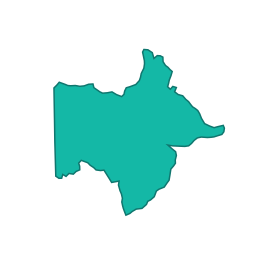 Corumbataí do Sul, Paraná, Brazil, rotated 211°
{"feature_id": "56859067B3093140502947", "entity_name": "Corumbataí do Sul", "entity_type": "district", "adm_level": 2, "iso_a3": "BRA", "parent_name": "Brazil", "parent_adm1": "Paraná", "projection": "albers", "projection_center": [-52.152, -24.127], "detail": "fine", "context": "isolated", "style": "filled", "palette": "teal", "viewbox_px": 256, "rotation_deg": 211, "n_neighbors": 0, "source": "geoboundaries", "source_scale": "gbopen_adm2", "svg_char_len": 1701}
<svg xmlns="http://www.w3.org/2000/svg" viewBox="0 0 256 256"><g transform="rotate(211 128 128)"><path d="M84.9,52.2L82.4,55.7L81.4,58.6L79.2,62.7L74.6,66.3L72.8,71.9L73.3,75.3L71.6,78.0L70.1,82.6L71.2,88.6L69.9,91.5L66.5,96.0L66.2,101.4L65.9,104.4L67.8,109.2L70.1,114.8L69.4,119.0L69.2,122.2L71.0,124.9L72.4,129.4L75.0,132.2L79.8,132.9L85.0,133.9L80.5,135.7L69.8,141.5L66.8,144.0L65.6,147.5L64.9,151.5L63.4,155.3L60.5,158.0L55.1,160.7L52.5,162.5L49.8,164.6L44.2,170.9L43.9,174.1L45.3,177.5L47.7,179.3L51.8,175.3L54.4,172.6L59.2,171.7L64.6,171.2L70.0,174.1L73.9,177.1L77.2,178.9L80.2,179.3L83.6,179.4L86.8,180.6L89.7,181.8L93.2,182.3L97.7,183.8L102.3,182.5L106.7,183.1L107.4,187.6L111.0,186.7L111.7,183.0L115.3,183.8L116.2,187.1L117.3,190.3L118.1,194.9L119.2,199.2L122.1,199.7L125.0,200.6L128.1,200.9L132.1,202.9L134.6,206.7L137.6,206.5L140.2,205.1L141.6,201.0L146.0,205.1L151.2,205.3L154.8,203.5L154.6,200.6L152.0,197.8L148.6,194.1L146.9,191.5L145.2,187.4L144.7,181.5L143.4,177.9L142.7,174.5L143.7,169.3L147.6,164.4L150.2,161.6L149.9,158.0L148.8,154.8L149.6,151.7L155.0,150.7L160.3,150.7L163.9,147.5L167.7,144.8L170.7,144.5L178.0,145.0L180.7,147.7L184.3,145.2L187.3,141.5L190.8,138.9L195.0,137.3L199.0,134.6L201.5,133.4L204.4,133.0L210.5,131.8L211.1,128.1L212.1,124.2L197.0,100.0L194.8,96.5L183.8,78.8L165.1,49.5L161.3,49.3L159.0,50.8L160.0,54.6L156.2,54.6L155.2,58.6L151.1,60.3L150.1,64.0L147.8,67.3L149.8,70.4L152.2,72.5L151.4,76.2L147.2,77.0L144.6,77.5L141.3,76.6L137.0,76.4L133.8,75.6L129.6,77.4L126.9,79.5L117.6,74.8L114.0,72.9L108.3,77.9L106.8,74.2L102.6,70.2L99.7,68.1L96.6,64.9L95.2,61.4L92.6,58.6L90.6,56.7L88.0,54.6L84.9,52.2Z" fill="#14b8a6" stroke="#0f766e" stroke-width="1.5"/></g></svg>